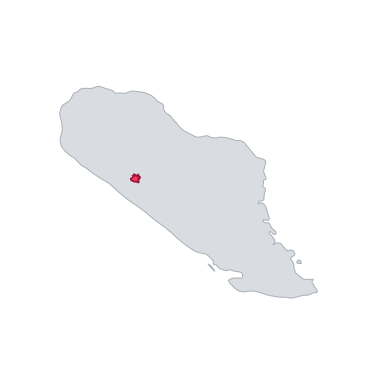 Lalangina, Haute Matsiatra, Madagascar (highlighted), rotated 110°
{"feature_id": "10022922B72540367204165", "entity_name": "Lalangina", "entity_type": "district", "adm_level": 2, "iso_a3": "MDG", "parent_name": "Madagascar", "parent_adm1": "Haute Matsiatra", "projection": "albers", "projection_center": [47.222, -21.414], "detail": "fine", "context": "in_parent", "style": "filled", "palette": "rose", "viewbox_px": 384, "rotation_deg": 110, "n_neighbors": 0, "source": "geoboundaries", "source_scale": "gbopen_adm2", "svg_char_len": 5560}
<svg xmlns="http://www.w3.org/2000/svg" viewBox="0 0 384 384"><g transform="rotate(110 192 192)"><path d="M249.4,48.2L250.4,50.6L251.5,52.8L255.2,58.3L256.7,60.4L258.0,62.6L258.6,67.1L260.9,74.0L262.9,84.4L263.4,95.0L263.9,99.9L265.6,104.5L268.3,109.4L269.1,114.7L267.3,120.1L264.7,125.2L264.0,126.2L262.8,127.5L262.3,127.4L260.4,126.0L258.8,123.8L256.8,118.7L256.1,116.1L255.3,115.6L252.9,115.8L251.1,117.4L250.8,118.4L251.1,121.3L251.7,123.9L252.0,126.6L252.0,129.9L252.6,130.9L253.5,131.8L254.5,134.0L254.6,139.2L253.9,141.8L252.2,144.0L252.3,145.2L252.9,146.5L252.3,147.3L250.0,148.2L249.1,149.1L247.9,151.3L245.9,156.0L245.6,158.4L246.7,165.7L246.3,170.8L243.7,180.6L242.2,185.3L240.1,190.9L237.0,198.2L233.8,207.4L231.2,217.0L229.2,222.7L227.0,228.3L224.0,238.3L221.5,248.4L217.7,259.5L212.6,271.9L212.1,273.5L211.0,279.9L209.8,285.4L208.5,290.8L205.6,299.8L205.3,302.6L204.7,305.3L202.0,310.9L200.8,313.0L200.0,315.3L199.6,318.1L198.8,320.8L196.8,325.8L193.9,330.2L191.9,331.7L187.6,334.0L185.5,334.5L180.6,334.6L176.0,335.9L171.1,338.4L166.5,341.3L164.7,342.7L162.7,343.5L156.6,343.8L154.7,343.2L148.5,338.5L146.1,337.8L141.5,337.2L140.1,336.9L138.9,336.3L137.0,333.8L133.3,331.8L132.4,331.2L131.8,329.8L131.4,328.2L130.5,326.5L129.7,323.3L128.4,321.0L125.0,317.0L124.6,315.7L124.2,311.4L124.3,308.5L123.8,303.1L124.1,300.6L125.3,298.3L124.7,295.9L123.4,293.3L122.9,290.7L121.9,288.2L118.2,284.0L117.3,281.8L116.7,279.6L115.2,272.7L114.9,270.3L115.0,265.1L115.4,262.5L116.3,260.6L116.4,259.3L117.0,258.1L117.8,257.1L118.4,256.0L119.5,249.4L121.2,247.9L123.7,247.0L125.7,245.2L126.8,242.9L127.9,238.1L131.0,233.3L132.1,230.8L134.6,227.0L136.8,221.7L137.5,219.2L137.9,216.6L138.4,211.0L138.8,208.2L138.7,205.5L137.3,202.7L134.1,197.6L133.9,196.6L134.1,192.8L133.8,190.1L132.6,187.3L131.0,184.8L129.5,179.9L128.6,171.9L128.7,169.0L128.2,166.5L127.1,164.1L127.7,159.8L137.0,144.1L137.3,142.2L136.8,137.5L137.0,134.8L137.3,133.8L138.0,133.1L139.6,132.8L147.4,132.0L148.4,131.5L150.3,130.2L153.0,127.6L154.2,126.9L155.2,127.2L155.9,128.2L156.8,128.8L159.9,127.6L161.1,127.6L162.4,127.8L162.9,126.7L163.3,125.3L163.7,124.3L164.5,123.7L168.6,123.4L171.2,122.9L174.5,121.9L175.2,122.1L177.9,125.7L178.8,126.0L179.8,126.1L180.7,125.4L178.5,123.6L178.2,122.6L178.3,121.4L179.5,118.8L181.4,116.8L185.8,113.9L190.3,110.4L191.6,110.2L192.7,110.7L193.6,114.8L193.5,115.4L194.2,115.5L195.1,115.0L195.8,113.4L195.8,112.1L195.2,110.8L194.9,109.7L194.9,108.7L197.2,106.3L199.0,104.0L199.9,101.3L200.6,100.0L202.5,98.6L203.1,98.9L203.5,100.0L203.8,101.2L203.3,102.4L202.6,103.6L202.3,105.2L203.4,105.5L204.4,105.1L205.9,102.3L207.6,99.5L208.6,98.1L209.9,97.2L212.0,97.4L214.1,98.0L210.7,95.1L209.9,91.2L213.9,84.4L214.0,83.0L214.5,82.6L214.8,82.0L212.8,79.7L212.4,78.6L212.6,76.9L213.6,75.4L214.6,74.3L215.8,73.9L216.9,74.5L219.1,76.4L220.6,76.7L222.4,74.9L223.9,72.6L226.2,71.1L228.7,70.2L232.7,66.7L235.3,59.3L235.5,57.1L235.0,54.5L234.1,52.0L232.6,48.9L233.0,48.2L235.1,48.6L235.9,48.2L238.2,45.5L242.1,40.2L243.4,40.3L244.4,41.3L244.8,42.7L245.6,43.8L248.1,46.3L249.4,48.2ZM222.6,68.7L222.6,69.5L219.7,69.2L219.2,66.4L220.7,66.3L221.0,65.2L221.9,65.0L222.8,67.5L222.6,68.7ZM256.5,148.6L254.0,152.6L254.8,149.2L257.7,144.3L258.5,143.9L256.5,148.6Z" fill="#d9dde1" stroke="#a8b0b8" stroke-width="1"/><path d="M195.1,252.0L195.3,252.2L195.3,252.3L195.2,252.6L195.3,252.6L195.5,252.7L195.8,252.7L196.0,252.6L196.5,252.6L196.8,253.0L197.0,252.9L197.3,252.9L197.3,253.0L197.4,252.9L197.4,252.7L197.4,252.4L197.4,252.2L197.6,252.3L198.0,252.6L198.3,252.7L198.5,252.8L198.8,253.0L199.1,253.2L199.3,253.2L199.3,253.3L199.5,253.4L199.7,253.5L199.8,253.5L200.2,253.7L200.2,253.8L200.3,253.9L200.3,254.0L200.5,253.9L200.5,254.0L200.8,254.0L200.9,253.9L201.1,253.8L201.1,253.7L201.5,253.6L201.7,253.3L201.7,253.1L201.8,252.9L201.7,252.7L201.8,252.6L201.7,252.5L201.8,252.4L201.9,252.2L201.9,251.9L201.7,251.9L201.7,251.7L201.5,251.3L201.6,251.1L201.9,251.0L202.0,251.0L202.0,250.9L202.0,250.7L202.1,250.4L202.0,250.2L201.9,249.9L201.9,249.6L202.0,249.5L201.9,249.4L201.9,249.1L201.7,248.9L201.8,248.8L201.7,248.6L201.6,248.4L201.7,248.2L201.6,247.9L201.4,247.9L201.2,247.8L201.1,247.7L201.2,247.4L201.3,247.4L201.4,247.2L201.5,247.2L201.5,246.9L201.4,246.8L201.4,246.7L201.2,246.7L201.1,246.4L201.3,246.3L201.3,246.2L201.2,246.1L201.3,246.1L201.5,245.9L201.5,245.7L201.2,245.7L200.9,245.5L200.8,245.4L200.7,245.6L200.5,245.8L200.4,245.9L200.3,246.0L200.2,246.2L200.2,246.3L200.0,246.5L199.9,246.5L199.7,246.4L199.6,246.2L199.3,246.2L199.2,246.1L198.9,246.2L198.8,246.4L198.8,246.5L198.7,246.7L198.6,246.8L198.6,246.7L198.4,246.6L198.2,246.8L198.0,246.7L197.9,246.6L197.9,246.4L198.0,246.3L198.0,246.2L197.9,246.1L197.7,246.2L197.6,246.3L197.4,246.4L197.2,246.3L196.9,246.4L196.9,246.5L196.7,246.6L196.7,246.4L196.7,246.2L196.8,245.9L196.8,245.7L196.7,245.6L196.2,245.7L195.9,245.8L195.7,245.8L195.7,246.0L195.6,246.4L195.5,246.9L195.5,247.0L195.4,247.1L195.2,247.2L195.1,247.3L194.9,247.3L194.7,247.5L194.7,247.8L194.8,247.9L195.0,247.8L195.3,247.8L195.5,247.8L195.7,248.0L195.8,248.2L195.9,248.3L196.0,248.4L195.9,248.5L195.7,248.8L195.3,248.9L195.0,248.9L194.9,249.0L194.6,248.9L194.4,248.9L194.5,249.0L194.4,249.1L194.5,249.3L194.8,249.4L195.0,249.3L195.1,249.5L195.3,249.6L195.5,249.7L195.6,249.8L195.8,249.9L195.8,250.0L196.0,250.2L196.0,250.3L195.9,250.3L195.9,250.5L195.8,250.9L195.9,251.0L195.7,251.1L195.5,250.9L195.4,251.0L195.5,251.1L195.6,251.3L195.7,251.5L195.4,251.6L195.2,251.7L195.1,251.8L195.1,252.0Z" fill="#f43f5e" stroke="#9f1239" stroke-width="1.5"/></g></svg>